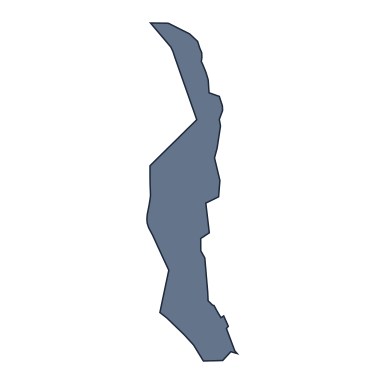 the district of Reifi Nahr Atbara, Kassala, Sudan
{"feature_id": "16777658B85894147141116", "entity_name": "Reifi Nahr Atbara", "entity_type": "district", "adm_level": 2, "iso_a3": "SDN", "parent_name": "Sudan", "parent_adm1": "Kassala", "projection": "natural_earth1", "projection_center": [35.419, 15.73], "detail": "fine", "context": "isolated", "style": "filled", "palette": "slate", "viewbox_px": 384, "rotation_deg": 0, "n_neighbors": 0, "source": "geoboundaries", "source_scale": "gbopen_adm2", "svg_char_len": 1229}
<svg xmlns="http://www.w3.org/2000/svg" viewBox="0 0 384 384"><path d="M150.5,23.0L159.4,33.5L165.5,40.7L166.6,42.0L170.9,47.1L171.0,47.3L171.5,48.5L172.9,51.3L174.8,57.1L183.4,81.7L185.5,87.6L187.8,94.1L191.5,104.7L194.8,114.0L195.9,117.3L196.8,119.7L189.7,126.7L187.8,128.5L176.3,139.9L168.7,147.3L151.6,164.2L150.0,165.8L150.0,175.6L150.1,184.5L150.4,191.8L150.5,195.8L150.1,198.8L149.4,203.2L149.2,204.7L147.3,214.1L146.9,218.9L147.2,223.2L148.7,227.8L152.6,235.1L160.3,251.9L163.6,259.1L168.8,270.2L160.9,307.6L160.4,310.1L159.9,312.5L166.8,317.9L184.1,334.6L193.6,345.0L203.4,361.0L210.6,360.8L212.5,360.8L219.2,360.6L222.7,360.5L230.8,351.7L237.1,353.5L234.8,350.9L226.4,328.5L228.3,326.3L227.4,324.2L223.7,315.9L221.0,317.7L218.7,314.0L216.3,309.8L214.0,305.5L212.7,305.3L208.1,300.8L207.7,291.9L204.8,258.0L200.8,250.8L200.7,238.5L209.3,232.8L205.8,203.1L218.6,196.8L219.9,180.5L214.5,157.9L217.1,148.2L220.5,126.0L219.3,119.4L222.6,110.5L222.4,105.9L219.3,96.4L209.1,92.8L208.8,89.3L208.3,81.0L208.0,79.2L206.6,74.6L206.0,72.6L205.4,71.0L202.1,63.0L201.3,61.8L201.9,57.4L201.7,52.7L199.8,48.3L197.6,41.4L189.6,33.9L179.2,28.7L168.7,23.4L167.4,23.2L150.5,23.0Z" fill="#64748b" stroke="#1e293b" stroke-width="1.5"/></svg>